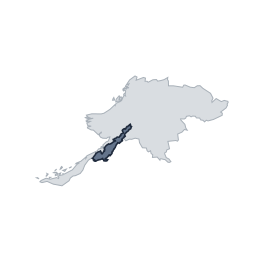 Kayin highlighted on a map of Myanmar, rotated 70°
{"feature_id": "MMR-3266", "entity_name": "Kayin", "entity_type": "State", "adm_level": 1, "iso_a3": "MMR", "parent_name": "Myanmar", "parent_adm1": "", "projection": "albers", "projection_center": [97.58, 17.357], "detail": "fine", "context": "in_parent", "style": "filled", "palette": "slate", "viewbox_px": 256, "rotation_deg": 70, "n_neighbors": 0, "source": "natural_earth", "source_scale": "10m", "svg_char_len": 8665}
<svg xmlns="http://www.w3.org/2000/svg" viewBox="0 0 256 256"><g transform="rotate(70 128 128)"><path d="M164.0,115.1L161.6,113.9L159.8,115.0L157.1,114.6L157.4,117.0L155.9,117.8L153.1,117.6L151.5,121.2L145.8,122.2L142.1,121.5L140.0,124.8L139.9,128.4L138.9,130.6L139.3,134.4L136.8,135.4L135.4,135.2L136.2,137.0L138.1,137.7L139.2,141.7L138.9,143.2L146.7,152.3L149.0,159.5L150.9,158.5L151.5,159.2L150.7,161.1L148.3,162.6L148.0,170.2L144.1,172.0L144.2,174.5L144.7,176.3L148.2,181.4L152.1,184.8L154.4,188.5L154.8,193.8L154.3,196.1L155.3,199.3L157.4,201.4L159.7,209.8L155.2,217.4L150.5,222.3L149.9,227.5L148.4,229.2L147.6,227.6L147.2,222.1L149.5,218.7L150.2,212.0L151.7,210.6L150.9,209.9L149.1,210.4L149.7,205.0L148.6,204.8L149.5,203.6L148.3,194.6L144.7,188.3L144.2,185.6L143.7,189.3L143.3,188.6L143.1,183.6L141.1,178.1L141.3,177.7L142.2,178.1L141.4,176.9L140.6,177.2L140.0,175.9L138.9,164.6L137.6,163.0L138.1,158.1L139.1,156.9L135.4,157.4L133.6,153.3L133.5,151.0L129.8,147.6L130.4,148.7L129.8,149.8L130.4,151.7L128.9,155.3L127.3,156.9L125.3,157.5L123.7,156.5L123.4,154.6L122.7,154.6L124.2,158.2L118.2,161.2L117.2,163.3L114.1,166.1L113.2,165.8L113.7,162.0L111.9,165.0L109.4,165.0L108.9,161.0L107.8,163.3L106.4,164.0L106.9,157.3L106.5,159.2L104.0,161.9L101.7,162.7L102.3,157.1L105.6,148.4L105.9,145.5L104.3,138.5L101.7,132.5L102.5,132.4L100.7,130.7L100.5,126.3L99.4,127.9L99.2,130.6L96.9,129.2L94.7,125.3L95.6,125.0L98.2,126.8L99.6,125.9L100.0,124.6L96.0,120.8L97.1,119.3L95.8,119.3L92.3,117.5L91.4,117.8L91.8,119.4L91.0,119.8L89.7,117.4L90.7,116.2L89.9,116.1L90.5,114.0L90.2,113.7L88.5,116.5L87.6,115.8L88.7,114.4L88.3,113.6L86.8,111.9L86.9,114.8L83.4,110.1L81.5,103.6L83.2,102.1L85.9,104.0L85.8,96.2L87.1,94.5L89.9,96.0L90.7,94.0L91.9,93.5L91.2,88.1L92.2,84.7L94.1,84.1L94.6,81.3L94.9,77.5L94.1,73.3L95.8,74.3L97.7,74.0L102.2,75.5L104.0,70.7L108.4,62.7L106.8,60.9L107.1,59.7L110.9,55.6L112.8,51.9L112.0,48.5L112.9,45.8L116.3,44.1L123.6,38.6L129.0,37.9L131.2,40.1L132.7,40.3L130.5,35.1L135.1,31.3L135.0,28.2L137.1,25.0L138.3,25.2L139.4,26.7L140.6,26.7L142.7,29.0L144.7,35.5L146.3,34.3L148.3,35.2L149.2,44.8L148.7,50.4L147.5,51.7L148.4,54.0L146.5,54.8L145.2,57.0L143.2,57.2L141.9,60.3L140.0,60.7L138.9,63.1L139.1,64.9L137.6,66.0L137.0,69.1L138.4,70.3L138.8,72.0L137.4,75.5L138.6,75.6L144.0,73.3L147.8,73.7L150.3,73.1L148.7,75.5L150.3,78.6L150.7,83.4L156.4,84.7L157.3,85.9L156.1,87.4L154.2,95.1L161.7,96.1L161.9,99.1L163.6,100.2L163.8,101.8L164.8,102.4L168.9,102.2L171.2,100.1L174.3,99.2L174.5,100.9L173.8,102.2L170.5,103.9L168.2,107.5L168.1,108.3L169.2,109.0L165.3,110.5L164.0,115.1ZM97.1,123.3L99.5,124.7L99.0,125.8L97.4,125.9L96.3,123.9L97.1,123.3ZM145.5,200.0L147.1,202.3L145.5,203.8L145.5,200.0ZM96.6,133.0L95.4,132.1L94.5,130.9L97.2,131.0L96.6,133.0ZM147.8,209.7L147.9,212.6L146.9,212.3L146.2,209.8L147.8,209.7ZM105.4,162.7L103.7,164.6L103.5,163.0L105.8,160.7L105.4,162.7ZM137.5,160.4L136.5,159.8L136.4,158.1L137.1,157.6L137.7,158.4L137.5,160.4ZM144.5,213.3L144.3,212.3L145.4,209.9L145.2,212.0L144.5,213.3ZM144.0,218.8L145.4,221.0L145.1,221.4L143.8,219.7L143.0,219.8L144.0,218.8ZM148.8,208.0L147.3,208.6L147.2,206.6L148.8,208.0ZM145.4,229.0L143.5,231.0L143.7,229.9L145.4,229.0ZM89.3,117.7L89.9,120.1L88.8,117.2L89.3,117.7ZM145.5,195.4L145.4,197.2L145.0,194.2L145.5,195.4ZM94.8,119.5L95.0,121.0L94.0,118.8L94.8,119.5ZM143.6,205.9L142.5,205.0L142.9,204.3L143.4,204.4L143.6,205.9ZM142.8,203.2L142.1,204.4L141.4,203.7L142.0,203.2L142.8,203.2ZM143.0,210.5L143.0,211.5L142.2,209.1L143.0,210.5ZM107.9,165.0L107.1,164.9L108.1,163.7L108.2,164.2L107.9,165.0ZM148.1,219.0L147.4,218.8L147.9,217.6L148.1,219.0Z" fill="#d9dde1" stroke="#a8b0b8" stroke-width="1"/><path d="M135.4,134.9L135.1,134.9L135.2,135.0L135.4,135.2L135.5,135.4L135.6,135.6L135.8,136.1L136.1,136.5L136.1,137.0L136.2,137.3L136.3,137.5L136.5,137.7L137.0,138.0L137.1,137.9L137.3,137.3L137.5,137.3L138.1,137.6L138.2,137.9L138.1,138.1L137.9,138.3L138.0,138.5L138.6,139.4L138.7,139.6L138.8,139.8L138.8,140.0L138.7,140.2L138.7,140.3L138.8,140.3L139.0,140.4L139.2,140.9L139.3,141.1L139.4,141.3L139.0,141.6L138.6,142.3L138.8,142.8L138.5,142.9L138.6,143.0L138.9,143.3L139.0,143.5L139.3,143.9L139.4,144.2L139.4,144.4L139.5,144.5L141.3,146.2L141.8,146.5L142.2,147.1L142.4,147.6L142.5,147.7L142.9,147.9L143.0,148.1L142.9,148.5L143.0,148.6L144.0,149.6L144.3,149.8L144.7,150.4L144.9,150.6L144.8,150.8L145.1,150.9L145.1,151.0L145.2,151.3L145.3,151.5L145.5,151.5L146.0,151.6L146.4,151.7L146.6,151.9L146.9,152.5L147.0,152.6L147.1,152.8L147.1,153.1L147.4,153.3L147.6,153.7L147.4,153.6L147.2,153.6L147.2,153.8L147.4,154.0L147.5,154.1L147.4,154.4L147.2,154.5L146.9,154.7L146.8,154.9L146.9,155.1L147.2,155.4L147.3,155.8L147.4,156.0L147.8,156.3L148.0,156.5L148.0,157.0L148.7,158.0L148.8,158.2L148.8,158.3L148.7,158.6L148.8,159.0L149.0,159.8L149.1,160.0L149.3,160.1L149.5,160.0L149.8,159.5L150.4,159.0L150.5,158.7L150.6,158.3L150.7,158.1L150.9,157.9L151.0,158.3L151.2,158.5L151.4,158.6L151.6,158.9L151.6,159.1L151.5,159.6L151.5,160.1L151.4,160.3L151.0,160.8L150.9,161.0L150.9,161.5L150.6,161.9L150.5,162.0L150.4,162.0L150.2,161.9L149.4,161.7L149.3,161.8L149.0,161.9L148.9,162.3L148.7,162.5L148.3,162.7L147.9,162.5L147.9,162.8L148.2,163.2L148.2,163.4L148.1,164.0L148.1,164.3L148.2,164.8L148.2,165.0L147.8,166.1L147.8,166.4L147.9,167.0L147.8,167.6L148.1,169.2L148.1,169.8L148.0,170.3L147.7,170.6L147.7,170.4L147.6,170.2L147.1,170.0L146.7,170.2L146.4,170.3L146.3,170.6L146.1,170.8L146.1,171.0L146.3,171.2L146.2,171.4L145.6,171.1L145.4,171.1L145.2,171.0L144.7,171.6L144.5,171.8L144.3,171.9L144.3,171.5L144.2,171.4L144.1,170.9L143.7,170.7L143.4,170.3L143.1,169.7L142.8,169.5L142.5,168.7L142.2,168.4L142.0,168.0L141.5,167.6L141.5,167.3L141.4,167.2L141.0,166.9L140.7,166.8L140.6,166.7L140.7,166.4L140.8,166.2L140.7,165.9L140.7,165.7L140.6,165.3L140.3,164.8L140.3,164.3L140.3,164.1L140.3,163.5L140.4,163.4L140.4,163.1L140.5,162.9L140.6,162.7L140.4,162.5L140.4,162.2L140.1,161.8L140.1,161.7L140.6,161.6L141.2,161.6L141.6,161.5L142.1,161.5L142.4,161.7L142.8,161.8L143.0,161.6L143.4,161.4L143.5,161.3L143.4,161.0L143.1,160.7L142.9,160.5L142.9,160.2L142.7,159.9L142.4,159.6L142.2,159.5L142.1,159.4L142.0,158.9L141.8,158.5L141.8,158.4L141.6,158.5L141.3,158.5L141.1,158.4L141.0,158.1L140.9,158.0L140.8,157.9L140.6,157.8L140.4,157.5L140.5,157.2L140.4,157.2L139.9,157.4L139.7,157.4L139.2,157.0L139.1,156.8L138.9,156.7L138.8,156.8L138.8,156.6L138.6,156.5L138.4,156.5L138.1,156.2L137.9,155.9L137.7,155.6L137.3,155.1L137.2,154.7L137.2,154.4L137.1,154.2L137.0,153.9L136.8,153.7L136.6,153.4L136.7,153.2L136.7,152.7L136.4,152.3L136.3,151.9L136.5,151.8L136.6,151.6L136.5,151.4L136.7,151.2L136.8,151.0L136.9,150.9L137.0,150.7L136.8,150.0L136.9,149.8L136.9,149.7L136.7,149.1L136.9,148.8L136.9,148.7L136.8,148.4L136.6,148.3L136.5,148.0L136.4,147.9L136.3,147.5L136.2,147.2L136.1,146.9L136.2,146.2L135.9,146.0L135.8,145.8L135.5,145.1L135.5,144.7L135.8,144.5L135.9,144.4L135.9,144.2L135.7,144.2L135.7,144.3L135.5,144.2L135.4,144.3L135.4,144.6L135.2,144.7L135.0,145.0L135.0,145.3L134.8,145.5L134.5,145.4L134.4,145.4L134.2,145.6L134.1,145.8L134.0,146.0L133.9,146.0L133.6,145.9L133.7,145.2L133.4,144.3L133.3,143.9L133.5,143.6L133.5,143.4L133.5,143.0L133.5,142.9L133.3,142.8L133.3,142.7L133.3,142.4L132.8,141.5L132.8,141.4L132.8,141.1L133.0,140.9L133.2,140.6L133.4,140.2L133.4,139.8L133.6,139.5L133.6,139.3L133.1,138.9L132.9,138.7L132.9,138.1L132.8,137.6L132.7,137.5L132.6,137.4L132.5,137.5L132.3,137.8L132.2,137.7L132.1,137.4L132.1,137.2L131.8,137.0L131.5,136.8L131.3,136.6L131.2,136.3L131.1,136.1L131.2,135.8L131.2,135.6L131.3,135.2L131.2,134.7L131.2,134.4L131.2,134.2L130.9,133.9L130.7,133.8L130.2,134.0L129.5,134.3L129.0,134.2L128.7,134.0L128.3,134.2L128.2,134.2L128.1,133.9L127.9,133.7L127.7,133.2L127.4,132.6L127.7,132.1L127.4,131.6L127.4,131.4L127.5,131.2L128.1,130.9L128.1,130.7L127.8,130.2L127.5,129.9L127.1,129.7L126.7,129.3L126.5,128.8L126.3,128.5L126.2,128.3L126.6,127.9L126.5,127.7L126.4,127.7L126.2,127.1L126.1,126.9L125.9,126.6L125.8,126.4L125.9,126.0L125.8,125.9L125.6,125.6L125.4,125.4L125.4,125.0L125.2,124.6L126.3,124.5L126.5,124.5L127.1,124.7L127.1,124.8L127.1,125.0L127.6,124.8L127.8,124.6L128.0,124.3L128.3,124.7L128.4,124.9L128.6,124.9L128.8,125.1L129.6,125.6L129.8,126.1L129.8,126.3L129.7,127.0L129.8,127.1L130.0,127.6L130.0,127.9L130.0,128.0L130.3,128.1L130.5,128.2L130.7,128.5L130.9,128.9L131.0,129.1L131.0,129.3L131.0,129.5L131.1,130.0L131.2,130.4L131.3,130.5L131.6,130.8L131.6,131.0L131.6,131.3L131.8,131.4L132.0,131.8L132.0,132.0L132.6,133.2L132.7,133.3L132.8,133.3L133.0,133.3L133.3,133.4L133.7,133.4L134.6,133.4L134.8,133.4L134.8,133.6L134.9,133.8L135.1,134.0L135.4,134.9Z" fill="#64748b" stroke="#1e293b" stroke-width="1.5"/></g></svg>